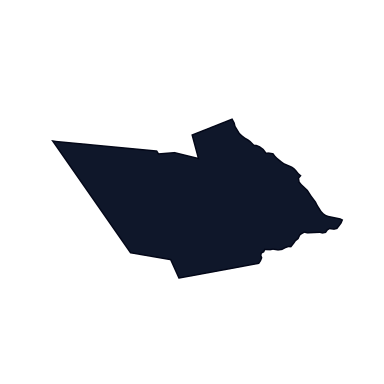 the district of Antônio Almeida, Piauí, Brazil, rotated 116°
{"feature_id": "56859067B34563104892599", "entity_name": "Antônio Almeida", "entity_type": "district", "adm_level": 2, "iso_a3": "BRA", "parent_name": "Brazil", "parent_adm1": "Piauí", "projection": "equal_earth", "projection_center": [-44.257, -7.232], "detail": "fine", "context": "isolated", "style": "filled", "palette": "ink", "viewbox_px": 384, "rotation_deg": 116, "n_neighbors": 0, "source": "geoboundaries", "source_scale": "gbopen_adm2", "svg_char_len": 1096}
<svg xmlns="http://www.w3.org/2000/svg" viewBox="0 0 384 384"><g transform="rotate(116 192 192)"><path d="M129.8,101.6L129.0,104.7L127.3,108.2L126.4,110.7L126.0,113.3L126.4,121.9L125.9,124.8L124.5,130.8L123.6,133.3L122.2,136.0L123.5,140.3L124.8,142.4L122.6,146.7L121.8,151.0L122.0,154.5L123.0,156.9L121.2,162.0L120.7,164.6L120.5,168.1L119.7,172.0L118.7,175.2L114.2,182.2L111.6,184.3L109.0,187.9L140.7,216.8L159.1,200.8L164.3,224.9L172.5,238.8L170.7,241.7L206.2,336.2L207.2,339.5L273.5,220.6L262.1,181.5L275.0,166.0L234.9,111.7L226.8,100.8L223.8,100.4L220.6,100.6L218.9,102.4L216.5,103.0L214.3,101.4L211.8,101.5L209.5,96.4L207.8,94.2L206.3,89.3L204.2,86.1L201.2,83.9L198.8,81.6L197.8,79.2L196.0,78.8L193.2,78.2L190.5,77.8L187.4,76.3L183.5,76.4L181.5,75.4L178.8,73.5L178.1,70.4L172.1,59.4L171.6,56.8L169.7,54.3L166.7,53.8L164.6,52.5L163.1,48.1L161.2,45.8L154.5,44.5L151.3,44.7L151.3,47.1L154.3,58.8L154.6,61.5L154.2,64.4L153.0,67.6L149.8,72.8L148.5,74.7L147.0,76.6L143.5,83.4L140.1,89.0L137.5,97.3L136.1,100.2L132.9,102.4L129.8,101.6Z" fill="#0f172a" stroke="#020617" stroke-width="1.5"/></g></svg>